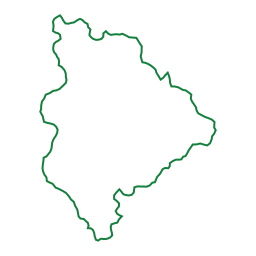 Braúnas, Minas Gerais, Brazil (orthographic projection)
{"feature_id": "56859067B77777041722950", "entity_name": "Braúnas", "entity_type": "district", "adm_level": 2, "iso_a3": "BRA", "parent_name": "Brazil", "parent_adm1": "Minas Gerais", "projection": "orthographic", "projection_center": [-42.719, -19.032], "detail": "fine", "context": "isolated", "style": "outline", "palette": "green", "viewbox_px": 256, "rotation_deg": 0, "n_neighbors": 0, "source": "geoboundaries", "source_scale": "gbopen_adm2", "svg_char_len": 2770}
<svg xmlns="http://www.w3.org/2000/svg" viewBox="0 0 256 256"><path d="M191.3,94.6L189.1,92.8L185.7,90.4L182.6,89.8L180.4,88.5L178.2,87.3L174.8,86.5L171.4,86.4L170.1,82.9L169.8,79.4L169.1,76.2L167.7,72.7L165.2,75.3L163.1,77.9L160.6,79.6L158.9,76.6L157.6,74.6L156.4,72.6L155.6,69.7L153.2,67.4L150.5,65.3L147.8,63.8L144.9,62.7L142.4,62.3L141.6,59.7L140.7,56.2L141.6,52.4L141.6,49.4L141.8,46.3L139.9,43.6L137.9,40.3L136.3,37.8L133.1,37.6L129.2,37.3L125.8,35.4L122.4,33.8L119.7,34.6L116.5,34.2L113.4,34.5L111.0,34.9L108.3,33.7L105.9,31.2L103.4,33.3L103.3,36.7L101.5,38.8L99.1,39.6L96.2,39.9L93.2,38.9L91.0,37.2L89.4,35.1L89.8,32.5L90.4,29.4L88.2,27.2L87.5,23.9L84.6,22.3L82.3,19.9L79.9,18.9L77.1,20.3L74.1,22.4L71.2,22.9L68.5,23.7L65.4,23.4L63.3,20.6L61.9,17.8L60.0,15.4L56.5,17.3L54.2,19.0L53.0,21.7L53.6,26.1L53.0,31.0L55.3,32.5L58.1,33.3L60.0,34.8L60.6,38.9L58.3,40.7L56.0,41.9L53.9,43.9L53.2,47.5L53.3,50.1L54.2,52.4L56.1,54.5L57.2,57.1L58.6,58.9L59.1,61.8L58.7,65.3L61.5,66.8L64.3,69.9L65.7,73.3L65.9,77.1L66.5,79.9L65.9,82.8L64.0,84.7L62.2,86.5L59.5,89.0L56.5,90.3L53.0,90.9L50.2,92.9L45.7,94.7L44.2,98.5L42.0,101.5L41.2,105.4L41.1,109.2L40.3,111.7L41.5,114.0L42.8,116.4L43.4,119.2L44.0,121.8L47.1,122.8L50.8,123.6L53.9,124.6L56.3,126.9L57.6,129.7L57.2,132.8L56.0,135.5L54.7,137.4L53.2,139.9L52.2,142.7L51.9,145.3L51.4,148.8L50.3,151.6L48.5,153.9L46.5,156.4L43.7,157.7L43.4,160.8L42.8,164.9L42.5,168.3L43.1,171.4L44.3,174.5L46.4,177.3L46.9,181.1L49.4,182.4L52.6,183.8L54.1,185.7L55.7,187.7L58.4,188.7L60.9,190.0L63.1,191.1L66.2,193.1L69.0,196.4L70.9,199.4L73.9,202.0L75.0,205.6L77.2,209.3L78.0,212.9L78.6,216.4L80.4,218.5L83.8,219.0L85.8,221.0L87.8,222.7L88.6,225.5L87.9,228.2L90.7,228.3L93.0,230.0L94.2,233.1L94.7,236.2L95.9,239.7L98.0,240.6L101.0,238.7L104.6,239.1L107.4,238.7L110.1,237.5L112.2,235.4L111.9,232.9L111.1,230.1L110.7,227.1L111.5,224.3L114.4,223.3L117.4,222.6L118.8,219.6L121.9,216.3L119.3,215.2L117.1,213.7L115.7,211.1L117.1,208.7L118.9,206.5L119.1,203.4L116.6,200.8L114.1,198.9L114.1,195.4L116.8,192.0L119.4,189.3L121.4,191.7L123.4,194.3L125.8,195.0L128.6,195.5L131.7,194.8L133.7,192.6L134.1,189.9L134.4,187.3L137.2,186.4L140.3,186.5L143.6,186.5L146.5,186.7L149.7,185.5L152.3,182.7L155.0,182.2L156.0,179.6L157.2,176.8L159.8,174.1L161.4,171.4L162.5,169.3L164.9,168.0L168.3,168.2L169.7,166.3L169.9,163.1L172.9,161.0L175.9,159.7L179.0,159.7L181.4,159.3L183.1,156.7L185.5,156.1L187.0,153.7L188.5,150.7L190.9,147.2L192.8,144.5L196.5,144.4L200.2,143.5L203.8,144.6L207.2,145.4L210.0,143.3L211.6,139.4L212.1,136.3L214.2,133.6L215.7,130.2L214.2,127.6L214.3,124.9L214.5,122.0L212.0,119.7L208.4,118.1L204.9,116.9L200.8,114.7L198.1,113.2L196.6,110.5L196.0,107.3L194.1,104.5L192.1,101.6L190.8,98.7L191.3,94.6Z" fill="none" stroke="#15803d" stroke-width="2"/></svg>